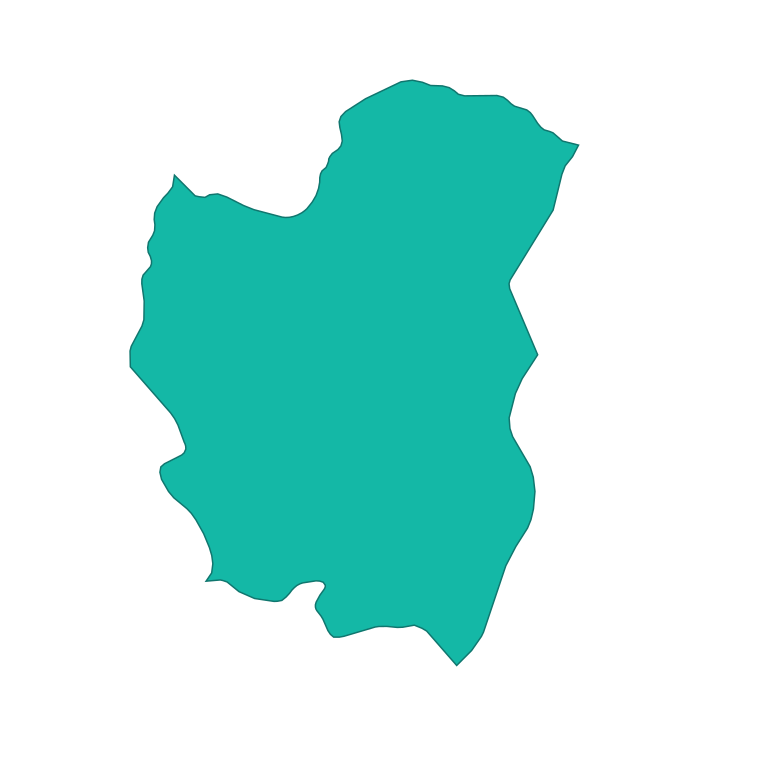 the border of Paraguarí, rotated 167°
{"feature_id": "PRY-611", "entity_name": "Paraguarí", "entity_type": "Department", "adm_level": 1, "iso_a3": "PRY", "parent_name": "Paraguay", "parent_adm1": "", "projection": "orthographic", "projection_center": [-57.025, -26.024], "detail": "fine", "context": "isolated", "style": "filled", "palette": "teal", "viewbox_px": 768, "rotation_deg": 167, "n_neighbors": 0, "source": "natural_earth", "source_scale": "10m", "svg_char_len": 2330}
<svg xmlns="http://www.w3.org/2000/svg" viewBox="0 0 768 768"><g transform="rotate(167 384 384)"><path d="M558.3,204.1L572.0,214.3L581.4,226.4L585.1,228.7L587.6,229.9L601.7,231.9L594.4,238.7L591.2,247.4L590.4,255.5L590.9,263.9L593.4,278.8L597.8,293.9L600.8,301.3L604.1,306.9L614.4,320.4L618.1,327.7L622.2,341.2L622.2,348.4L620.1,353.4L615.8,355.7L597.1,360.3L594.2,361.9L591.7,365.2L591.2,368.2L591.4,370.9L591.7,371.9L594.0,390.4L595.8,397.4L598.4,403.8L627.3,457.8L624.0,473.3L621.8,477.6L606.8,494.9L603.5,500.6L599.0,518.8L597.4,536.2L596.3,540.6L594.2,544.3L585.2,550.8L583.6,553.3L582.8,556.3L583.0,560.9L584.1,565.3L583.6,570.0L581.6,575.1L575.8,581.0L573.1,584.9L571.4,590.6L570.9,596.0L569.0,602.1L565.2,607.8L556.9,615.1L551.7,618.5L545.6,623.7L541.2,634.6L525.7,609.8L521.9,608.0L516.4,606.1L511.3,607.6L503.2,606.6L495.1,601.5L480.7,589.5L471.5,583.1L445.7,569.5L442.5,568.4L438.7,567.7L434.6,567.6L430.2,568.1L425.6,569.3L422.3,570.7L419.7,572.1L412.9,577.5L407.8,582.9L403.8,589.2L401.3,595.0L400.1,599.6L398.5,603.1L396.3,605.7L391.7,608.0L389.4,611.1L387.9,613.5L387.2,615.7L385.6,617.7L382.5,620.3L376.1,622.8L372.4,625.7L370.0,630.1L369.3,636.6L369.3,644.0L368.7,649.6L365.8,654.3L360.1,658.1L337.8,666.1L299.5,674.6L288.0,673.6L278.6,669.3L271.5,664.4L260.0,661.3L253.8,658.1L249.4,653.7L246.4,649.6L240.6,646.6L209.1,639.7L203.2,636.6L199.9,632.7L197.2,628.5L194.3,625.3L183.2,618.9L180.4,615.5L178.8,612.1L175.7,603.5L173.4,598.9L170.8,595.6L165.8,592.8L162.8,590.7L155.5,580.6L140.7,573.0L149.2,563.1L158.4,555.8L163.5,548.3L180.1,515.4L237.7,457.0L239.6,453.6L240.1,448.6L227.7,377.9L248.1,358.2L258.1,345.2L269.7,322.8L271.3,312.3L270.5,303.7L260.2,270.5L259.5,259.7L261.1,245.3L266.5,228.6L271.3,218.8L276.5,211.4L292.0,196.1L306.2,179.5L342.9,119.8L345.9,116.1L358.6,104.6L376.5,93.4L398.0,133.7L402.0,137.5L408.7,142.2L420.4,142.8L425.7,143.8L435.8,147.2L443.6,148.9L447.2,149.2L479.8,147.2L484.3,147.4L490.0,148.7L492.5,152.1L494.1,156.3L496.4,168.6L497.6,172.2L500.3,178.0L500.9,179.9L501.0,182.0L500.5,184.3L499.2,186.7L493.9,192.7L488.4,197.5L486.9,199.4L486.5,201.2L487.8,204.5L490.9,206.4L494.5,207.5L507.9,208.5L510.9,208.2L514.2,207.3L517.3,205.7L520.1,203.9L523.2,201.3L527.3,198.5L532.2,196.1L536.8,196.3L540.0,196.9L558.3,204.1Z" fill="#14b8a6" stroke="#0f766e" stroke-width="1.5"/></g></svg>